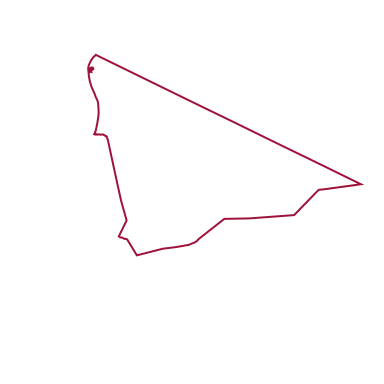 outline of Iriona, Colón, Honduras, rotated 296°
{"feature_id": "27666195B61075928676863", "entity_name": "Iriona", "entity_type": "district", "adm_level": 2, "iso_a3": "HND", "parent_name": "Honduras", "parent_adm1": "Colón", "projection": "equal_earth", "projection_center": [-85.194, 15.529], "detail": "fine", "context": "isolated", "style": "outline", "palette": "rose", "viewbox_px": 384, "rotation_deg": 296, "n_neighbors": 0, "source": "geoboundaries", "source_scale": "gbopen_adm2", "svg_char_len": 4285}
<svg xmlns="http://www.w3.org/2000/svg" viewBox="0 0 384 384"><g transform="rotate(296 192 192)"><path d="M273.0,340.4L273.1,291.8L273.0,255.2L273.1,201.1L273.0,147.1L273.1,45.5L272.8,45.5L272.6,45.4L272.2,45.2L271.9,45.0L271.5,44.9L270.2,44.3L269.8,44.3L268.9,44.0L267.9,43.9L267.3,43.7L266.8,43.7L266.1,43.6L265.3,43.6L264.8,43.6L264.0,43.6L262.7,43.6L262.1,43.6L260.7,43.7L259.8,43.9L258.8,44.1L258.4,44.3L258.0,44.4L257.2,44.7L256.8,45.0L256.4,45.2L256.2,45.4L256.2,45.5L256.3,45.6L256.3,45.8L256.4,45.7L256.5,45.6L256.3,46.1L256.2,46.2L256.2,46.3L256.3,46.3L256.5,46.1L256.6,45.9L256.8,45.9L257.1,46.0L257.3,46.2L257.4,46.3L257.4,46.5L257.5,46.6L257.8,46.7L258.0,46.7L258.3,46.6L258.7,46.3L258.8,46.3L259.1,46.4L259.2,46.5L259.3,46.6L259.4,46.8L259.4,47.2L259.3,47.4L259.4,47.5L259.5,47.5L259.8,47.4L260.0,47.5L260.3,47.7L260.3,47.8L260.3,48.0L260.1,48.1L260.0,48.3L260.0,48.7L259.8,48.9L259.6,49.2L259.5,49.3L259.4,49.4L259.2,49.4L259.0,49.1L258.9,48.9L258.9,48.7L258.7,48.6L258.5,48.4L258.3,48.2L258.1,48.2L257.9,47.8L257.9,47.7L257.7,47.5L257.5,47.8L257.5,48.0L257.4,47.9L257.3,48.0L257.2,48.0L257.3,48.1L257.6,48.2L257.8,48.3L257.7,48.4L257.3,48.4L257.2,48.4L257.1,48.2L256.9,48.0L256.6,48.0L256.4,47.9L256.3,48.0L256.3,48.4L256.2,48.5L256.1,48.1L256.0,48.4L255.9,48.5L255.9,48.4L255.5,48.2L255.4,48.0L255.2,47.8L255.1,47.7L255.1,47.4L255.4,46.8L255.9,46.4L256.0,46.1L256.1,45.9L256.2,45.7L256.1,45.4L255.1,46.0L254.8,46.2L254.4,46.4L254.0,46.7L252.7,47.5L252.2,47.8L251.9,47.9L251.8,48.0L251.5,48.2L251.1,48.4L250.5,48.9L250.2,49.1L249.4,49.6L249.1,49.8L248.9,50.1L248.5,50.3L248.3,50.5L248.0,50.7L247.7,50.9L247.3,51.2L246.8,51.6L246.5,51.8L246.4,52.0L246.0,52.3L245.7,52.6L245.2,53.0L244.9,53.2L244.7,53.5L244.2,53.9L243.8,54.4L243.3,54.7L242.8,55.3L242.4,55.7L242.1,56.0L241.7,56.4L241.4,56.9L240.9,57.5L240.5,57.9L240.3,58.2L239.7,58.9L239.5,59.2L239.2,59.5L238.6,60.1L238.3,60.5L238.2,60.6L237.9,61.0L237.7,61.2L237.7,61.3L237.4,61.6L237.1,61.9L236.6,62.5L236.3,62.7L236.1,62.9L235.8,63.2L235.6,63.4L235.5,63.5L235.4,63.7L235.1,64.0L234.9,64.3L234.6,64.6L234.3,64.9L234.1,65.2L233.7,65.8L232.7,67.0L232.4,67.3L232.1,67.5L231.9,67.6L231.6,67.9L231.2,68.3L230.8,68.6L230.6,68.7L230.5,68.8L230.3,68.9L229.7,69.2L229.5,69.4L229.3,69.5L229.0,69.6L228.4,70.0L228.0,70.2L227.8,70.4L227.5,70.5L227.3,70.6L227.0,70.8L226.6,71.1L226.3,71.2L226.1,71.3L225.7,71.6L225.2,71.9L224.7,72.0L224.4,72.1L224.2,72.3L223.8,72.5L223.4,72.8L221.9,73.5L221.3,73.8L220.8,74.0L220.4,74.1L220.2,74.2L219.9,74.4L219.7,74.4L218.8,74.7L218.6,74.8L218.2,74.9L217.9,75.1L217.6,75.1L217.0,75.3L216.6,75.4L216.3,75.5L216.0,75.6L215.8,75.7L215.6,75.8L215.3,75.8L215.1,75.8L214.9,75.9L214.5,76.1L213.7,76.3L213.3,76.4L212.9,76.6L212.7,76.7L212.4,76.7L212.2,76.8L211.9,76.9L211.1,77.0L210.8,77.1L209.4,77.4L209.1,77.6L208.4,77.8L207.9,77.9L207.6,78.0L206.8,78.1L206.3,78.2L205.9,78.3L205.2,78.5L204.8,78.6L204.4,78.6L203.7,78.7L202.4,78.8L202.0,78.9L201.8,78.9L201.5,78.8L201.3,78.8L201.4,79.0L201.5,79.0L201.8,79.2L201.8,79.3L201.7,79.4L201.5,79.5L201.3,79.5L201.2,79.6L201.3,79.7L201.6,80.0L201.8,80.1L201.7,80.2L201.5,80.5L201.7,80.9L201.8,81.0L202.0,81.1L202.1,81.4L202.2,81.7L202.3,82.3L202.5,82.5L202.9,82.8L203.0,82.9L203.1,83.3L203.2,83.5L203.2,84.2L203.2,84.3L203.4,84.6L203.6,84.9L203.7,85.0L203.8,85.2L204.0,85.3L204.1,85.5L204.2,85.8L204.5,86.4L204.6,86.6L204.7,86.8L204.7,87.0L204.7,87.3L204.6,87.5L204.5,87.9L204.7,88.5L204.7,88.8L204.4,89.3L204.4,89.5L204.4,89.8L204.6,90.2L204.6,90.3L204.6,90.5L204.6,90.8L204.5,91.0L204.4,91.0L204.0,91.2L203.8,91.3L203.6,91.6L202.2,93.3L165.4,122.3L152.6,132.5L137.8,145.7L120.1,145.7L120.1,145.8L120.0,146.2L119.9,146.7L119.8,147.0L119.7,147.2L119.7,147.3L119.7,147.6L119.8,147.9L120.0,148.3L120.2,148.6L120.3,148.9L120.3,149.0L120.3,149.3L120.4,149.5L120.4,149.9L120.3,150.2L120.3,150.5L120.3,151.0L120.3,151.3L120.3,151.5L120.3,151.9L120.5,152.3L120.6,152.5L120.7,152.8L120.9,153.0L120.9,153.6L120.9,153.8L120.9,154.1L120.9,154.3L121.0,154.4L121.0,154.5L110.9,170.2L128.3,190.7L135.1,201.2L137.8,205.0L140.0,208.0L142.0,210.8L142.9,212.1L146.9,215.7L148.0,216.6L150.3,218.0L151.6,218.3L152.1,218.4L152.4,218.5L182.0,232.8L193.4,255.1L212.8,288.4L216.0,293.9L249.5,304.9L252.2,309.3L273.0,340.4Z" fill="none" stroke="#9f1239" stroke-width="2"/></g></svg>